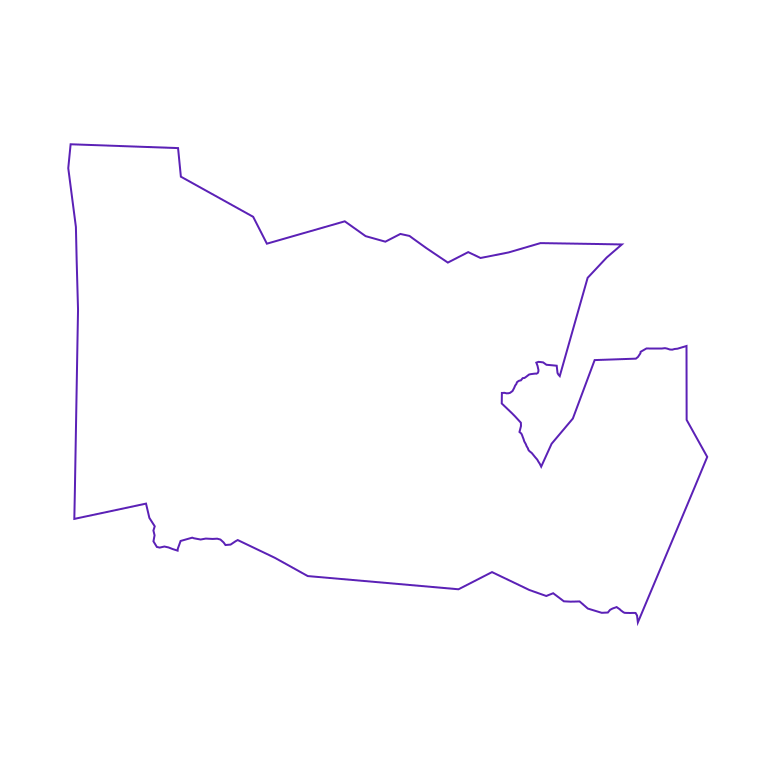 outline of San Vicente Lachixío, Oaxaca, Mexico, rotated 273°
{"feature_id": "50627088B80228149983097", "entity_name": "San Vicente Lachixío", "entity_type": "district", "adm_level": 2, "iso_a3": "MEX", "parent_name": "Mexico", "parent_adm1": "Oaxaca", "projection": "mercator", "projection_center": [-97.044, 16.647], "detail": "fine", "context": "isolated", "style": "outline", "palette": "violet", "viewbox_px": 768, "rotation_deg": 273, "n_neighbors": 0, "source": "geoboundaries", "source_scale": "gbopen_adm2", "svg_char_len": 2185}
<svg xmlns="http://www.w3.org/2000/svg" viewBox="0 0 768 768"><g transform="rotate(273 384 384)"><path d="M535.8,614.2L535.0,590.5L532.9,532.9L521.9,501.5L514.9,473.8L520.1,461.2L508.6,441.4L521.9,419.2L530.7,405.5L533.2,401.7L534.7,392.5L526.2,377.9L530.7,357.9L544.4,336.3L518.0,259.7L544.1,244.6L580.4,170.3L608.8,166.0L607.0,58.5L583.0,57.4L524.7,68.1L491.5,70.6L443.0,74.5L441.3,74.6L409.3,75.7L260.9,80.9L233.1,81.8L245.4,127.7L252.1,152.6L238.0,156.7L229.9,162.5L225.6,161.4L220.9,162.8L214.8,162.0L209.4,165.7L208.9,168.6L210.2,173.2L209.5,177.4L208.1,181.6L206.8,186.6L208.7,186.7L216.6,189.1L220.5,200.5L220.0,202.2L219.1,209.0L220.3,214.1L220.3,221.0L220.8,225.5L220.1,228.8L217.4,232.1L214.9,234.1L215.6,239.2L219.2,244.0L220.5,246.1L204.7,284.1L188.2,317.9L182.9,469.1L201.8,501.7L185.9,539.9L180.8,557.1L183.9,563.9L176.4,575.0L176.4,581.6L176.7,585.8L177.1,590.7L170.4,599.3L166.9,613.4L167.5,619.5L170.3,621.6L171.7,623.9L173.4,627.9L171.4,631.2L170.4,632.3L168.6,635.0L168.1,636.2L168.1,638.4L168.2,641.6L168.5,646.2L168.5,647.2L166.1,648.8L159.2,650.0L260.9,686.6L298.2,700.0L328.1,710.6L364.0,688.1L437.8,684.1L434.6,675.2L434.2,672.5L433.4,670.1L433.4,667.7L434.2,664.8L434.5,662.7L434.0,659.8L433.6,652.8L433.2,644.2L429.6,638.6L428.0,638.4L424.3,636.2L422.5,634.2L418.9,593.1L359.4,574.4L333.1,554.5L309.7,545.3L312.4,543.8L314.6,542.2L316.5,541.0L318.9,538.7L321.7,536.2L322.8,535.2L324.6,532.7L326.0,531.5L327.1,531.2L329.3,529.7L331.3,528.8L334.0,527.1L336.4,526.2L338.6,525.2L340.1,524.6L341.7,523.7L343.2,521.8L349.2,523.0L352.5,522.7L358.5,516.6L361.6,513.2L370.7,502.6L381.2,502.2L381.2,502.4L381.5,504.6L381.1,507.0L381.3,508.9L381.8,510.4L383.2,512.1L383.7,512.7L385.8,513.7L386.9,514.2L389.4,515.1L390.8,516.1L392.7,516.7L393.7,517.8L394.4,518.9L394.8,520.5L397.1,522.2L397.4,524.0L398.9,525.9L401.0,528.3L401.5,529.9L401.8,531.6L402.1,533.2L402.3,534.4L402.3,535.8L403.1,537.0L404.5,537.5L406.2,537.5L407.8,537.0L410.1,536.4L413.3,535.0L414.2,537.1L414.1,539.3L413.9,541.8L411.7,545.2L411.6,548.2L411.3,555.5L404.1,556.7L402.5,557.7L401.1,559.1L471.4,575.1L500.7,581.8L522.0,599.8L535.8,614.2Z" fill="none" stroke="#5b21b6" stroke-width="2"/></g></svg>